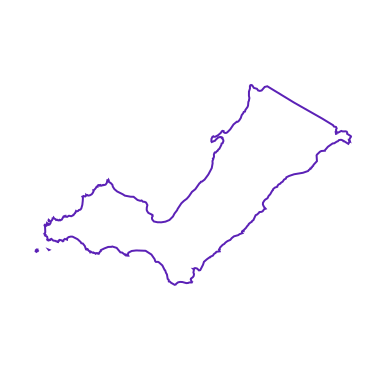 Yorke Peninsula, South Australia, Australia (Albers equal-area conic projection), rotated 31°
{"feature_id": "25037944B39877699410120", "entity_name": "Yorke Peninsula", "entity_type": "district", "adm_level": 2, "iso_a3": "AUS", "parent_name": "Australia", "parent_adm1": "South Australia", "projection": "albers", "projection_center": [137.377, -34.732], "detail": "fine", "context": "isolated", "style": "outline", "palette": "violet", "viewbox_px": 384, "rotation_deg": 31, "n_neighbors": 0, "source": "geoboundaries", "source_scale": "gbopen_adm2", "svg_char_len": 6016}
<svg xmlns="http://www.w3.org/2000/svg" viewBox="0 0 384 384"><g transform="rotate(31 192 192)"><path d="M266.1,62.0L233.3,62.8L202.1,62.6L200.2,64.5L199.4,69.1L198.1,70.4L196.4,70.9L194.5,70.1L191.4,70.9L188.7,69.6L187.9,69.7L187.6,70.4L187.1,70.4L187.1,71.4L188.4,73.5L189.1,76.6L191.3,80.3L192.8,81.9L193.8,84.6L193.9,85.7L195.5,89.0L195.8,90.5L195.5,94.2L196.0,95.7L195.1,96.7L195.3,98.2L195.0,100.4L195.7,103.5L195.6,106.4L195.2,107.9L194.7,108.6L194.2,108.7L192.8,112.7L192.5,118.6L191.5,122.7L190.7,123.9L189.7,124.4L188.4,124.4L187.7,123.5L186.6,123.9L186.3,124.6L186.2,126.6L185.1,129.9L183.4,132.7L182.1,133.5L181.6,133.3L181.1,134.1L181.3,136.4L182.5,138.6L183.2,139.0L185.4,136.0L185.4,135.0L186.4,131.8L187.7,130.4L188.4,130.1L189.2,130.3L188.8,129.9L189.3,129.7L190.4,129.9L190.8,130.3L190.0,129.9L192.2,131.5L192.7,132.2L193.1,134.4L192.4,135.2L192.9,136.6L193.2,140.9L192.7,142.0L192.7,143.7L192.3,144.2L192.0,146.0L191.2,146.3L191.1,146.9L191.4,148.5L192.7,150.5L193.0,151.8L192.7,152.5L193.3,152.9L193.6,154.9L194.9,156.8L196.6,161.3L197.0,168.6L196.4,174.9L195.2,177.9L194.3,178.7L194.4,179.6L193.9,180.7L193.4,187.9L191.9,191.9L191.6,197.2L191.0,200.5L189.6,203.9L188.7,207.2L188.4,213.9L188.6,215.3L188.1,219.5L188.3,222.8L187.1,227.6L184.5,231.1L181.3,233.8L178.0,235.7L174.5,236.9L172.2,236.1L171.4,235.4L170.8,234.5L170.7,232.8L170.0,232.6L169.8,232.0L165.4,232.4L163.6,231.6L162.4,230.7L161.3,228.7L160.5,226.2L158.1,224.7L156.6,224.8L154.8,225.6L153.2,225.2L152.2,226.2L149.4,226.9L144.4,226.2L141.7,227.7L136.3,229.7L133.8,229.6L127.6,230.1L124.0,229.5L121.4,228.2L120.0,226.8L117.8,226.2L115.3,226.1L114.7,224.9L114.2,224.6L114.3,225.3L113.4,225.5L114.3,228.3L114.1,230.2L112.8,231.6L112.5,231.5L111.9,232.0L111.4,233.0L110.6,233.5L110.1,233.2L109.9,233.6L109.6,233.4L108.6,234.0L108.7,234.4L108.1,234.5L108.0,235.7L108.3,236.2L107.5,236.6L107.5,238.5L107.0,240.9L106.5,241.3L107.2,241.9L107.4,243.7L107.2,245.6L106.7,246.5L106.1,247.5L104.8,248.6L103.8,248.5L103.2,249.1L102.7,249.0L103.1,249.8L102.7,250.9L101.2,251.2L100.4,252.4L101.4,253.0L103.0,256.0L104.6,259.5L105.6,263.2L105.4,264.6L104.4,265.6L104.1,266.9L103.1,268.1L102.4,268.0L102.7,270.3L102.5,270.5L102.3,272.7L102.0,272.8L101.9,273.6L100.9,275.0L98.8,275.7L97.7,277.7L96.5,278.0L96.1,277.7L95.9,278.4L95.1,278.4L95.1,279.0L94.5,279.2L94.6,282.7L93.6,284.2L92.9,284.0L92.4,285.0L91.6,285.1L91.1,285.5L90.6,285.3L89.9,286.0L89.1,285.6L87.5,285.7L86.5,285.2L86.5,286.0L86.1,286.4L86.4,286.8L86.5,288.4L86.1,290.0L86.7,291.2L86.7,293.1L86.0,294.1L85.3,294.4L83.8,294.0L83.8,294.6L84.4,294.6L83.9,295.0L84.4,294.9L84.7,295.6L84.2,296.5L82.7,296.2L82.7,296.5L83.9,297.4L86.6,301.5L87.1,302.5L87.0,303.1L87.3,303.5L87.1,303.9L88.5,304.1L88.5,305.0L90.8,304.9L92.0,306.2L92.5,307.0L92.4,307.4L92.8,307.6L93.3,306.9L93.7,306.8L94.1,307.3L94.7,306.7L94.7,306.3L95.2,306.1L95.1,305.3L95.6,304.6L98.1,305.1L100.4,304.1L101.0,304.3L101.9,303.8L102.5,304.1L103.0,303.9L102.7,303.1L103.1,302.5L102.8,302.2L103.1,301.3L104.8,300.7L106.7,300.8L107.0,300.2L106.6,299.4L107.2,297.7L109.4,297.2L108.8,296.2L109.4,294.3L111.0,292.7L112.6,291.8L118.2,291.4L122.2,292.2L123.5,292.9L125.0,292.4L127.9,293.5L130.7,295.8L131.0,295.7L130.8,295.5L130.9,295.0L131.9,294.7L133.8,295.6L134.8,295.4L135.6,296.0L135.8,295.6L136.1,295.9L136.5,295.3L138.5,295.1L138.8,294.6L139.2,294.8L140.2,294.3L141.1,294.6L141.7,293.5L142.4,293.5L142.7,293.0L143.5,293.2L143.9,293.0L143.8,290.6L144.3,289.7L143.8,288.8L146.0,285.4L148.5,282.2L151.1,280.6L151.7,279.8L156.2,278.7L161.7,280.6L163.3,279.9L167.9,280.5L170.0,279.5L169.9,279.2L169.4,279.1L169.8,279.3L168.5,279.9L167.8,279.6L169.2,279.2L168.8,276.7L170.7,273.6L174.3,270.8L182.5,266.3L189.4,266.5L194.5,268.8L196.2,270.3L197.1,270.5L198.8,269.4L199.6,269.3L204.4,270.2L208.8,273.0L209.4,273.0L211.2,274.6L213.0,275.6L215.9,279.0L217.1,279.2L218.2,280.6L219.1,280.2L220.8,280.6L224.9,280.5L225.7,279.7L225.7,278.9L226.6,276.6L228.1,275.2L230.2,274.1L234.1,273.0L235.5,272.0L236.3,270.9L238.4,269.7L238.4,269.1L237.9,269.1L235.9,267.5L235.7,266.8L236.6,264.6L236.7,263.1L236.0,261.3L234.7,260.3L233.6,257.5L232.8,257.3L233.4,257.0L233.3,256.1L234.3,255.4L235.8,255.0L238.4,255.6L239.3,254.7L238.9,248.6L238.2,245.7L239.3,242.3L240.4,239.6L241.2,238.6L241.0,238.2L242.7,235.7L242.7,234.2L243.0,233.1L243.6,232.2L243.5,231.6L243.8,230.6L246.3,228.6L244.8,227.4L245.2,226.8L244.8,226.5L244.7,224.9L245.5,221.5L246.4,219.9L246.7,218.2L247.7,215.8L249.5,213.3L249.8,211.1L250.8,208.4L253.8,205.2L254.5,203.6L256.4,201.3L255.7,201.1L255.2,200.0L255.4,199.2L256.4,198.9L256.0,198.0L256.8,194.7L256.8,193.4L257.3,190.7L257.1,190.1L258.0,187.7L258.5,187.1L258.5,185.7L259.1,184.5L258.5,179.1L259.4,177.8L260.1,175.3L260.1,174.5L261.8,173.2L262.5,172.1L262.7,169.6L263.7,168.4L261.2,167.6L259.2,166.2L258.4,164.7L258.4,162.2L258.7,160.8L259.9,158.5L259.7,155.7L260.2,153.8L260.1,149.8L260.4,148.7L260.1,148.3L260.1,147.6L260.8,145.5L262.4,143.6L262.1,142.7L262.3,141.0L263.4,139.3L263.4,138.4L264.4,136.4L264.5,134.0L265.6,132.1L265.3,130.8L267.0,128.2L270.4,124.2L277.2,118.4L280.7,114.2L280.8,113.0L281.6,111.2L281.4,111.0L281.8,110.7L281.7,109.5L282.1,109.1L282.0,108.0L282.4,107.2L282.2,106.1L283.2,101.2L279.9,96.4L279.9,95.5L280.9,91.7L281.7,90.3L284.6,88.2L284.4,87.9L285.2,83.2L287.5,78.0L288.9,76.9L290.1,74.3L290.9,73.4L291.2,71.9L292.8,70.5L294.6,70.1L295.6,70.5L295.9,70.1L301.2,70.2L301.2,68.1L300.3,67.2L301.3,67.2L299.7,65.7L299.8,62.7L299.3,62.3L295.0,62.2L294.3,61.0L293.5,60.6L292.4,60.9L290.1,62.4L288.5,62.8L286.7,65.8L285.6,66.0L285.9,67.6L285.5,68.0L284.1,66.4L284.0,65.2L283.4,64.5L283.2,62.9L281.9,62.1L279.8,62.8L278.6,62.1L266.1,62.0ZM88.9,322.2L88.5,322.9L88.6,323.4L89.4,323.4L89.4,322.5L89.7,322.8L90.2,322.3L90.3,321.8L89.5,321.6L89.2,320.9L88.4,321.3L88.2,322.1L88.9,322.2ZM84.8,290.5L84.3,289.8L83.5,289.7L83.7,290.4L84.3,290.8L84.8,290.5ZM83.9,293.3L84.2,293.7L84.5,293.3L83.9,293.3ZM98.7,315.3L99.2,315.5L99.4,315.2L98.7,315.3Z" fill="none" stroke="#5b21b6" stroke-width="2"/></g></svg>